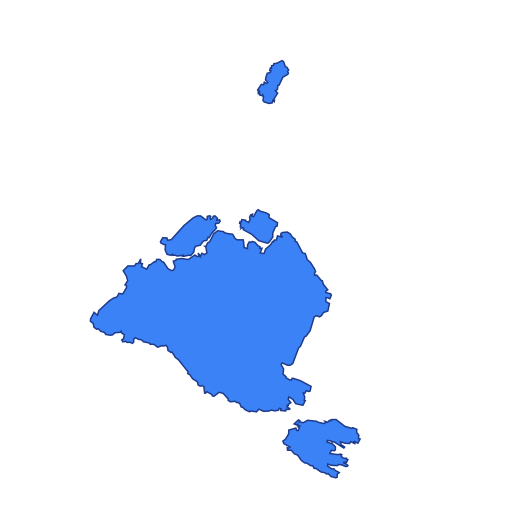 the district of Nøtterøy nor, Norway, rotated 284°
{"feature_id": "86288312B41370900035863", "entity_name": "Nøtterøy nor", "entity_type": "district", "adm_level": 2, "iso_a3": "NOR", "parent_name": "Norway", "parent_adm1": "", "projection": "natural_earth1", "projection_center": [10.404, 59.202], "detail": "fine", "context": "isolated", "style": "filled", "palette": "blue", "viewbox_px": 512, "rotation_deg": 284, "n_neighbors": 0, "source": "geoboundaries", "source_scale": "gbopen_adm2", "svg_char_len": 6094}
<svg xmlns="http://www.w3.org/2000/svg" viewBox="0 0 512 512"><g transform="rotate(284 256 256)"><path d="M162.2,112.5L155.1,110.7L152.6,111.1L151.2,114.4L147.7,116.0L146.4,119.1L147.3,120.5L145.4,123.5L145.2,127.4L143.5,129.2L143.9,133.9L144.8,135.9L147.4,137.7L149.2,143.0L150.3,143.3L149.0,144.0L147.6,147.3L143.8,147.5L142.1,146.0L140.5,147.5L141.6,150.1L141.0,151.9L141.8,154.8L141.3,157.2L143.1,158.2L145.2,157.4L147.5,158.6L146.7,162.4L147.0,165.2L145.5,167.6L145.8,173.2L144.8,174.7L145.6,178.3L143.7,182.7L146.4,186.6L146.1,187.7L147.6,190.3L146.2,192.1L143.0,193.5L141.9,196.7L142.5,197.7L138.0,202.4L136.6,205.8L127.1,218.2L125.4,218.2L124.9,220.4L121.5,224.3L119.8,229.5L116.9,231.0L116.2,233.3L117.2,235.2L116.6,237.0L110.6,239.3L110.6,240.2L112.4,241.1L111.2,246.0L109.6,247.8L109.7,249.1L114.8,253.2L114.8,257.3L110.6,263.6L109.1,264.0L108.4,266.6L109.9,270.7L109.1,273.1L109.5,273.8L108.9,275.9L105.9,278.2L106.0,279.8L104.3,282.4L103.3,287.4L104.4,288.6L104.9,294.2L108.1,295.9L107.1,300.9L108.7,306.0L110.3,308.3L110.2,311.6L111.8,315.0L113.9,315.6L113.8,317.3L112.1,317.3L112.8,322.3L114.5,322.4L115.3,325.7L116.1,325.7L117.0,322.7L118.8,322.4L118.7,323.5L120.4,323.6L122.1,325.3L124.7,321.9L127.2,322.0L125.8,326.4L122.3,330.3L122.5,337.6L127.6,338.8L127.6,337.7L131.0,337.4L134.5,335.0L134.8,336.7L137.4,337.3L137.3,340.1L138.1,341.2L142.8,341.0L145.8,329.0L146.3,321.7L146.0,320.5L144.3,320.5L143.9,318.8L145.1,314.7L146.1,314.4L148.0,310.8L153.1,310.1L156.3,306.9L157.8,306.8L158.6,307.3L157.6,313.4L158.4,315.7L160.5,317.7L177.2,319.6L179.3,321.0L189.1,322.6L190.5,324.1L196.6,326.6L211.0,327.2L212.7,329.1L212.3,332.3L214.0,334.0L217.5,335.1L220.0,339.0L227.6,338.8L228.6,334.9L232.5,333.9L232.9,335.8L232.3,338.0L236.3,338.6L237.4,337.5L237.4,332.6L238.6,332.2L240.5,333.8L244.9,328.1L248.0,326.4L248.0,325.3L252.2,319.5L251.4,317.6L253.5,316.9L255.2,317.6L257.6,315.9L262.9,310.4L264.8,306.7L270.3,303.2L270.2,300.8L270.9,299.9L279.6,292.1L279.7,290.5L281.8,289.9L283.2,286.6L285.8,283.8L286.8,280.5L285.2,276.0L284.0,274.8L282.3,274.8L281.4,276.5L280.6,276.5L280.7,272.0L276.5,271.9L275.7,269.7L274.0,269.6L274.0,268.5L270.7,267.6L264.9,263.6L260.6,263.3L260.2,262.1L259.9,259.3L265.0,260.0L264.2,257.7L265.9,257.7L266.4,255.5L269.1,251.6L269.2,248.8L268.3,248.2L268.0,246.0L264.6,245.1L261.2,245.9L261.3,242.5L268.6,239.8L267.1,233.6L268.0,231.4L271.5,228.1L270.9,223.0L271.0,219.7L271.8,218.6L271.2,212.7L267.4,209.6L258.8,207.7L256.9,205.9L253.2,205.1L253.0,204.2L252.5,205.2L247.1,207.6L244.9,205.6L245.6,202.9L242.8,202.1L244.7,198.9L241.8,201.7L242.1,200.4L241.2,199.1L242.2,196.5L236.2,191.1L235.6,184.5L233.6,179.4L232.5,179.4L230.9,177.0L226.0,180.1L222.6,179.5L221.4,178.0L222.4,173.6L227.6,168.0L227.8,166.3L229.4,163.6L228.7,160.5L226.2,160.1L225.7,158.6L222.0,155.7L221.6,154.4L216.7,153.1L218.0,147.6L221.1,147.6L221.0,145.6L225.4,144.9L220.2,143.6L219.7,141.5L216.9,140.5L215.4,134.1L209.6,130.7L205.3,135.0L201.0,137.5L196.3,135.9L196.1,137.4L193.9,138.0L187.0,135.9L186.5,132.0L182.7,131.1L180.5,127.7L177.0,124.5L165.0,116.7L160.2,116.5L162.2,112.5ZM82.9,326.9L80.7,328.4L78.9,335.2L77.4,333.9L77.5,332.7L75.2,333.6L76.0,337.4L73.4,340.9L72.8,344.7L68.6,349.4L67.0,353.2L67.3,355.5L65.8,359.7L66.2,361.9L63.9,363.8L64.4,365.6L62.2,371.0L62.3,375.6L61.5,377.3L62.3,378.7L60.2,382.1L60.1,387.1L61.0,388.3L64.0,387.6L66.0,389.2L67.2,384.5L68.4,383.0L67.7,381.1L69.6,376.2L71.5,376.0L71.1,379.5L72.3,385.7L73.6,386.5L74.1,389.4L73.4,393.8L74.1,395.6L74.9,395.9L76.0,394.1L76.5,391.2L77.2,391.2L77.8,393.8L80.6,394.4L80.6,392.9L81.6,392.8L81.0,389.7L81.5,388.5L82.7,386.9L84.0,387.3L84.2,385.8L83.1,383.6L82.2,375.5L85.7,376.2L86.0,379.2L87.0,379.9L90.1,379.2L92.1,375.9L92.7,369.7L94.4,369.8L94.7,373.7L93.8,374.8L94.6,376.5L90.9,387.7L92.1,388.2L93.5,384.3L96.2,382.9L95.9,387.7L96.7,392.2L98.8,392.8L97.8,397.3L98.6,397.3L98.7,395.6L99.9,396.2L99.0,400.1L103.6,401.3L103.6,399.6L107.0,399.1L109.2,396.3L112.2,395.8L112.8,391.3L112.0,390.8L112.2,383.5L116.7,373.2L115.5,368.7L114.2,368.6L114.6,367.6L114.0,366.8L112.0,365.8L112.2,363.0L111.5,363.9L109.9,362.6L109.7,356.4L110.3,354.8L109.1,345.8L105.8,342.4L105.5,338.1L106.8,338.4L107.2,336.8L102.3,333.6L102.0,335.5L102.7,337.2L101.8,337.0L101.6,339.5L100.4,338.2L99.9,339.7L96.8,339.1L96.6,337.8L98.7,336.3L95.0,329.9L91.4,330.7L85.5,329.0L82.9,326.9ZM252.0,165.2L251.2,161.1L246.8,159.8L245.7,160.4L244.8,163.8L245.1,165.5L240.0,166.3L236.1,169.3L236.1,172.9L237.4,174.5L236.4,174.7L237.2,177.3L236.9,179.5L238.5,183.8L238.1,184.3L239.2,185.2L238.1,185.7L240.6,190.9L240.6,192.5L244.8,194.7L249.0,194.4L251.0,195.3L252.9,199.2L258.0,201.5L259.2,204.4L262.5,205.0L262.5,206.1L267.5,207.6L272.5,210.5L274.2,210.8L275.1,209.4L277.7,208.8L278.9,211.9L281.0,212.8L282.3,212.0L281.1,209.2L283.2,209.5L285.0,206.6L284.2,204.9L282.1,204.8L280.6,203.0L281.6,202.2L283.4,202.5L283.9,201.4L282.7,199.2L279.5,199.6L278.9,198.6L281.5,192.7L280.8,189.4L277.9,185.9L268.2,178.8L251.3,169.8L249.9,166.4L252.0,165.2ZM288.2,237.3L287.9,233.4L285.4,233.3L285.4,232.2L283.7,232.2L283.7,233.3L280.3,233.8L280.2,235.0L279.4,234.9L280.2,235.5L280.1,237.2L278.5,237.2L276.0,246.7L271.5,255.0L271.2,264.0L272.0,265.1L278.3,267.7L282.6,266.7L289.3,267.9L290.1,269.3L293.5,268.8L296.4,259.3L299.4,258.8L300.3,255.4L300.5,249.3L301.5,247.0L300.2,245.9L293.5,244.1L293.6,242.4L295.7,242.5L294.5,240.8L291.9,240.4L290.2,241.5L286.8,240.7L287.3,237.9L288.2,237.3ZM423.8,219.7L417.5,217.4L416.6,219.6L415.7,219.6L415.8,218.5L414.0,219.0L414.0,220.7L413.1,220.7L413.0,223.5L413.9,223.5L413.0,224.6L408.7,225.1L407.4,226.7L407.2,231.8L408.4,234.6L411.0,234.7L410.1,236.3L411.7,236.3L411.8,235.2L419.3,237.6L421.1,234.8L422.8,236.5L427.0,236.0L427.4,237.1L436.0,238.8L440.0,242.9L441.4,243.2L442.4,242.0L444.3,242.7L446.6,240.3L446.9,238.6L451.2,235.8L451.9,234.0L448.1,229.6L446.9,226.8L445.2,226.8L444.4,225.1L441.8,225.6L441.9,224.5L439.3,224.4L439.3,225.6L437.6,225.5L436.0,222.7L432.6,222.4L429.2,222.6L427.4,225.4L426.0,224.6L426.7,222.0L424.1,222.0L423.8,219.7Z" fill="#3b82f6" stroke="#1e3a8a" stroke-width="1.5"/></g></svg>